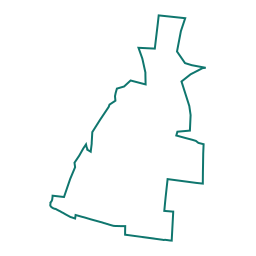 the district of Chacsinkín, Yucatán, Mexico
{"feature_id": "50627088B83026580761392", "entity_name": "Chacsinkín", "entity_type": "district", "adm_level": 2, "iso_a3": "MEX", "parent_name": "Mexico", "parent_adm1": "Yucatán", "projection": "mercator", "projection_center": [-89.035, 20.208], "detail": "fine", "context": "isolated", "style": "outline", "palette": "teal", "viewbox_px": 256, "rotation_deg": 0, "n_neighbors": 0, "source": "geoboundaries", "source_scale": "gbopen_adm2", "svg_char_len": 1813}
<svg xmlns="http://www.w3.org/2000/svg" viewBox="0 0 256 256"><path d="M202.8,183.6L202.9,173.8L202.9,172.5L203.0,167.4L203.2,154.8L203.2,153.9L203.6,144.2L198.4,142.9L195.9,140.9L192.3,139.8L185.8,138.1L176.3,135.5L177.4,131.7L189.9,130.6L190.6,115.1L189.3,106.0L181.5,81.5L190.6,74.3L202.6,68.1L205.7,67.8L191.8,65.2L185.0,63.1L177.0,51.5L180.9,31.1L185.2,18.2L158.7,15.4L157.8,23.5L154.8,48.6L138.5,47.8L142.3,58.5L142.7,60.2L145.4,72.5L145.4,74.4L145.6,84.4L143.6,83.9L130.6,80.5L124.1,86.5L116.9,88.6L115.7,92.8L115.0,96.2L115.4,100.7L109.5,104.6L108.7,106.9L100.2,119.6L92.3,132.1L91.7,142.7L91.7,143.7L90.7,151.7L87.2,149.6L87.3,148.7L86.6,147.2L86.0,144.4L83.4,148.3L83.1,148.8L79.2,155.7L74.5,162.7L75.1,167.2L73.3,171.5L70.2,178.9L64.0,197.0L52.6,195.7L52.5,197.2L52.3,198.7L52.2,199.6L51.9,200.4L51.4,201.5L50.9,202.0L50.6,202.5L50.4,202.7L50.5,203.5L50.4,204.1L50.3,204.8L50.3,205.6L50.9,206.5L51.1,206.8L52.0,207.5L52.9,208.1L54.6,208.8L55.6,208.9L56.8,209.6L57.2,209.8L58.7,210.6L59.3,210.9L59.8,211.1L60.5,211.5L61.3,212.0L62.4,212.6L63.3,213.0L64.4,213.7L66.0,214.6L68.6,216.0L70.4,217.0L72.1,217.5L73.8,218.1L75.1,218.5L75.2,218.0L75.6,215.0L79.5,216.1L80.2,216.3L82.3,216.9L83.6,217.2L85.7,217.8L88.0,218.5L89.4,218.9L90.3,219.2L95.0,220.5L95.8,220.7L97.2,221.1L98.7,221.5L99.7,221.8L100.9,222.1L102.0,222.4L102.6,222.6L104.1,223.1L105.3,223.4L106.4,223.8L107.3,224.0L109.1,224.6L111.5,225.3L113.7,225.9L114.2,225.9L115.3,226.0L116.6,226.0L120.1,226.1L122.0,226.1L123.1,226.1L125.2,226.1L125.1,232.2L125.1,233.1L125.1,234.7L162.8,239.8L163.7,240.0L165.1,239.8L166.4,240.0L167.4,240.1L169.4,240.4L170.2,240.5L171.0,240.5L171.7,240.6L173.2,212.2L173.2,211.6L172.7,211.6L164.3,210.9L165.0,203.4L165.6,197.4L167.6,179.1L196.2,182.9L202.8,183.6Z" fill="none" stroke="#0f766e" stroke-width="2"/></svg>